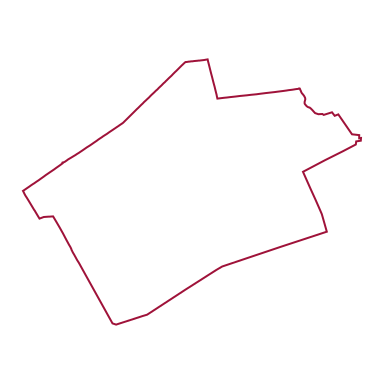 Radoiesti, Teleorman, Romania
{"feature_id": "2599482B34958569310184", "entity_name": "Radoiesti", "entity_type": "district", "adm_level": 2, "iso_a3": "ROU", "parent_name": "Romania", "parent_adm1": "Teleorman", "projection": "equal_earth", "projection_center": [25.145, 44.144], "detail": "fine", "context": "isolated", "style": "outline", "palette": "rose", "viewbox_px": 384, "rotation_deg": 0, "n_neighbors": 0, "source": "geoboundaries", "source_scale": "gbopen_adm2", "svg_char_len": 3819}
<svg xmlns="http://www.w3.org/2000/svg" viewBox="0 0 384 384"><path d="M360.8,140.7L361.0,138.0L359.2,138.3L359.2,135.1L352.0,134.3L338.3,114.4L334.7,115.8L332.0,112.3L323.7,114.9L322.4,114.0L318.4,114.2L315.1,113.1L313.8,111.7L312.3,110.0L311.9,109.6L311.3,109.0L310.7,108.4L310.3,108.1L309.9,107.8L309.7,107.6L309.4,107.5L308.5,107.3L308.1,107.1L307.5,106.8L307.0,106.4L306.6,106.1L306.3,105.8L306.0,105.4L305.7,105.0L305.2,104.5L304.9,104.0L304.7,103.7L304.6,103.2L304.6,102.3L304.7,101.5L304.9,100.9L305.2,99.7L305.3,99.2L305.2,98.4L305.1,97.9L304.9,97.4L304.6,96.9L304.3,96.3L303.9,95.6L303.4,95.0L302.7,94.1L302.0,93.4L301.7,92.9L301.4,92.4L301.2,92.0L301.0,91.3L300.4,90.1L300.2,89.6L300.0,89.0L299.8,88.7L299.7,88.5L299.1,88.4L298.9,88.6L298.6,88.7L298.5,88.8L298.1,88.9L296.8,89.0L296.2,89.1L295.5,89.2L292.5,89.7L288.4,90.2L286.6,90.5L283.0,91.0L277.4,91.7L274.4,92.1L269.9,92.6L265.5,93.1L259.9,93.8L256.3,94.3L251.0,94.8L246.9,95.3L239.7,96.0L235.8,96.5L230.2,97.1L227.0,97.5L223.9,97.8L219.9,98.3L217.4,98.6L216.8,96.0L216.6,94.8L216.0,92.5L215.0,88.4L214.6,86.7L213.8,83.8L212.9,80.3L212.2,77.5L211.1,73.4L210.0,69.0L209.0,65.0L208.1,61.5L207.6,59.4L207.2,59.5L206.9,59.5L204.2,60.0L203.4,60.1L199.2,60.6L198.8,60.6L198.4,60.6L197.7,60.7L197.2,60.8L196.6,60.8L196.2,60.9L195.7,60.9L194.9,61.0L194.4,61.0L193.2,61.2L192.4,61.3L191.7,61.3L190.7,61.4L190.2,61.5L189.8,61.6L189.3,61.6L188.9,61.6L187.9,61.8L187.1,61.9L186.6,62.0L186.1,62.0L185.7,62.0L185.3,62.2L185.0,62.4L184.6,62.8L183.7,63.6L183.3,64.0L182.7,64.6L181.9,65.3L181.1,66.1L180.2,67.0L178.6,68.6L177.3,69.9L176.5,70.7L176.1,71.1L175.3,71.8L174.2,72.9L172.9,74.2L171.9,75.3L171.4,75.8L170.1,77.0L168.8,78.2L168.1,78.9L166.4,80.6L165.8,81.1L165.5,81.5L164.4,82.6L163.7,83.1L163.1,83.8L162.7,84.1L162.1,84.8L161.2,85.7L160.4,86.4L159.8,87.0L158.8,87.9L158.0,88.8L157.1,89.7L156.0,90.6L155.3,91.3L154.7,91.9L154.0,92.6L153.0,93.5L152.4,94.1L151.9,94.5L151.0,95.4L150.1,96.3L149.1,97.4L148.0,98.4L147.5,98.9L147.0,99.3L146.2,100.1L145.8,100.5L145.3,100.9L144.7,101.5L143.9,102.2L143.2,103.0L142.3,103.9L141.3,104.8L140.5,105.6L139.5,106.6L138.5,107.6L137.9,108.2L137.1,108.9L136.7,109.3L134.3,111.7L124.9,121.0L123.1,122.8L113.0,129.7L109.1,132.3L106.9,133.9L104.5,135.4L103.0,136.4L102.6,136.6L102.2,137.0L100.5,138.1L98.4,139.5L96.7,140.8L93.6,142.9L92.2,143.9L89.7,145.6L86.8,147.4L84.8,148.8L82.2,150.6L80.7,151.6L78.8,152.9L77.3,153.8L76.2,154.5L75.7,154.9L74.0,155.9L70.7,157.9L69.0,158.9L68.0,159.5L67.1,160.2L66.4,160.7L65.8,161.1L64.8,161.8L64.4,162.0L64.2,162.1L63.9,162.2L63.7,162.3L63.4,162.3L63.0,162.4L62.6,162.5L62.4,162.6L62.4,162.9L62.4,163.2L62.5,163.4L61.9,163.8L59.9,165.3L57.9,166.7L55.9,168.1L54.3,169.3L51.8,171.0L50.3,172.0L47.1,174.2L45.9,175.0L43.9,176.5L42.5,177.5L40.8,178.7L38.6,180.3L36.6,181.6L34.2,183.3L32.9,184.1L31.1,185.3L29.6,186.4L27.1,188.1L25.8,189.0L24.2,190.1L23.0,190.9L23.4,191.6L24.1,193.1L24.8,194.5L25.3,195.4L26.1,196.7L26.6,197.4L27.4,198.7L28.7,200.8L31.1,204.8L32.0,206.3L33.5,208.8L34.2,210.0L34.6,210.4L35.4,211.8L37.9,216.0L39.5,218.6L43.8,217.0L45.2,216.9L46.4,216.8L46.9,216.8L47.8,216.7L48.8,216.7L51.5,216.5L53.1,216.4L55.3,220.1L56.2,221.6L60.0,228.1L62.0,231.7L62.7,232.9L63.5,234.4L64.7,236.7L66.7,240.5L67.7,242.3L68.5,243.8L69.1,244.9L69.9,246.2L70.3,246.9L70.5,247.3L70.9,248.1L71.2,248.7L71.6,250.0L72.0,250.7L72.5,251.8L73.1,252.9L73.5,253.6L73.9,254.2L74.3,254.9L74.6,255.5L75.4,256.9L76.1,258.2L77.2,260.2L78.8,262.7L80.1,265.0L80.3,265.4L85.4,274.6L112.5,323.4L116.1,324.6L140.0,316.9L142.4,316.1L147.1,314.7L185.2,289.8L216.4,269.9L222.2,266.5L280.8,246.8L326.8,231.7L325.0,225.3L322.3,215.8L321.8,214.1L320.3,210.6L315.6,199.9L310.5,188.7L304.5,175.2L303.0,171.8L325.2,160.1L342.8,151.3L355.8,144.5L356.2,141.4L360.8,140.7Z" fill="none" stroke="#9f1239" stroke-width="2"/></svg>